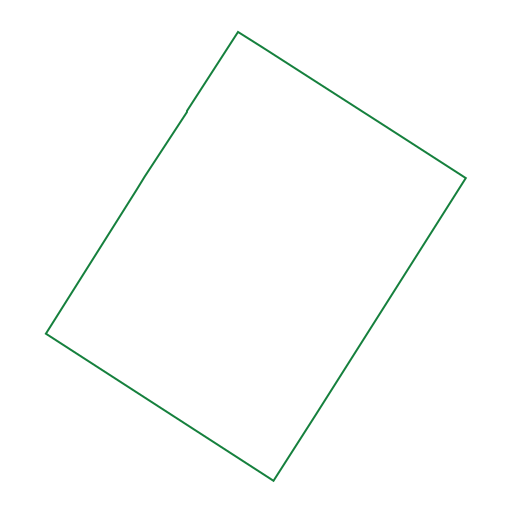 the district of Rush, Indiana, United States of America, rotated 33°
{"feature_id": "52423323B39033291847900", "entity_name": "Rush", "entity_type": "district", "adm_level": 2, "iso_a3": "USA", "parent_name": "United States of America", "parent_adm1": "Indiana", "projection": "equal_earth", "projection_center": [-85.493, 39.62], "detail": "fine", "context": "isolated", "style": "outline", "palette": "green", "viewbox_px": 512, "rotation_deg": 33, "n_neighbors": 0, "source": "geoboundaries", "source_scale": "gbopen_adm2", "svg_char_len": 317}
<svg xmlns="http://www.w3.org/2000/svg" viewBox="0 0 512 512"><g transform="rotate(33 256 256)"><path d="M393.1,435.0L392.6,357.5L389.5,76.4L301.7,76.7L148.7,77.5L118.9,77.9L119.1,171.9L119.7,172.9L119.4,249.9L119.8,265.5L122.1,435.6L298.2,435.2L393.1,435.0Z" fill="none" stroke="#15803d" stroke-width="2"/></g></svg>